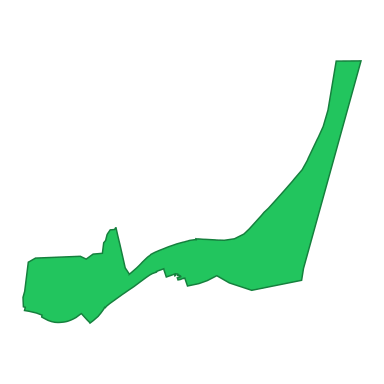 Ismailiyya 1, Al Isma`iliyah, Egypt (Natural Earth projection)
{"feature_id": "37247803B86792300989473", "entity_name": "Ismailiyya 1", "entity_type": "district", "adm_level": 2, "iso_a3": "EGY", "parent_name": "Egypt", "parent_adm1": "Al Isma`iliyah", "projection": "natural_earth1", "projection_center": [32.267, 30.608], "detail": "fine", "context": "isolated", "style": "filled", "palette": "green", "viewbox_px": 384, "rotation_deg": 0, "n_neighbors": 0, "source": "geoboundaries", "source_scale": "gbopen_adm2", "svg_char_len": 2470}
<svg xmlns="http://www.w3.org/2000/svg" viewBox="0 0 384 384"><path d="M301.6,280.3L303.5,268.4L320.2,208.2L361.0,60.9L336.2,61.1L328.0,110.1L323.2,126.5L318.4,137.1L317.1,139.6L315.3,143.4L308.2,158.3L307.3,160.5L303.8,166.8L302.2,169.7L294.5,178.7L292.5,181.2L283.3,191.7L274.1,202.0L269.2,207.4L268.5,208.2L264.1,212.3L260.8,216.2L258.7,218.5L249.2,229.0L243.8,234.1L240.6,235.7L234.4,238.8L224.2,240.3L222.1,240.2L217.2,240.1L215.0,239.9L206.2,239.4L203.0,239.3L199.5,239.0L196.4,238.9L196.0,238.8L196.2,239.7L194.7,239.7L190.4,240.3L189.3,240.5L187.8,241.0L185.7,241.5L184.6,241.9L183.0,242.2L176.8,243.9L174.5,244.7L172.8,245.3L169.0,246.6L166.4,247.6L164.0,248.6L158.4,250.8L158.2,250.9L158.0,251.0L155.4,252.1L153.2,253.2L151.5,254.1L151.2,254.3L150.9,254.4L150.1,255.3L149.6,255.7L149.4,255.8L148.4,256.5L147.3,257.4L145.5,259.1L142.6,261.9L139.4,265.3L136.6,268.0L131.9,272.1L129.3,274.3L129.3,274.1L129.2,273.9L125.2,267.9L122.6,256.3L120.0,244.9L117.9,236.2L116.0,227.8L115.8,227.8L115.5,227.9L114.6,229.5L110.2,229.9L107.8,233.4L107.1,234.6L106.1,238.5L105.7,240.4L103.7,242.8L102.4,253.3L93.1,254.1L86.2,259.1L80.3,256.3L35.5,258.1L28.3,262.2L24.7,291.3L23.0,297.4L23.4,306.8L25.3,307.3L24.5,310.5L29.2,311.3L36.4,313.0L42.0,315.1L41.7,317.0L45.2,318.9L48.1,320.4L51.6,321.6L54.9,322.3L58.0,322.5L60.3,322.4L64.2,322.0L66.3,321.6L66.5,321.5L66.8,321.5L68.4,321.0L70.8,320.1L73.2,319.0L76.0,317.5L80.5,314.1L81.4,313.6L87.1,319.9L89.4,322.2L90.0,323.1L93.5,320.4L98.1,316.4L99.4,314.8L100.6,313.4L103.3,309.7L103.5,309.5L104.6,307.4L104.9,307.7L105.2,307.8L106.4,306.3L109.8,303.5L115.9,299.1L122.0,294.7L128.1,290.5L134.3,286.3L140.3,281.8L146.4,277.3L149.9,274.9L152.5,273.5L156.5,272.1L156.5,271.8L156.4,271.6L158.1,270.8L160.7,269.9L163.7,268.8L163.7,269.0L163.8,269.1L164.0,270.0L166.3,277.0L171.0,275.4L174.5,274.1L174.9,275.8L175.2,275.6L175.5,275.4L175.3,274.6L175.1,274.0L175.4,273.9L175.6,273.7L177.2,274.0L177.2,274.5L177.3,274.5L177.5,274.1L177.9,274.2L177.9,274.7L177.6,274.7L177.7,275.0L177.7,275.5L177.8,275.5L177.8,275.0L178.3,275.1L178.9,275.2L178.9,275.4L178.8,275.7L179.0,275.8L179.1,275.5L179.1,275.3L180.0,275.7L180.3,275.8L180.5,275.9L180.8,276.7L180.5,276.8L180.3,276.9L177.3,277.9L177.4,278.1L177.5,278.2L178.0,279.9L180.3,279.5L182.6,278.6L183.6,278.3L183.7,278.5L184.6,278.2L184.8,278.1L187.5,286.0L198.9,283.6L207.3,280.6L216.8,275.7L229.3,282.9L251.7,290.3L301.6,280.3Z" fill="#22c55e" stroke="#15803d" stroke-width="1.5"/></svg>